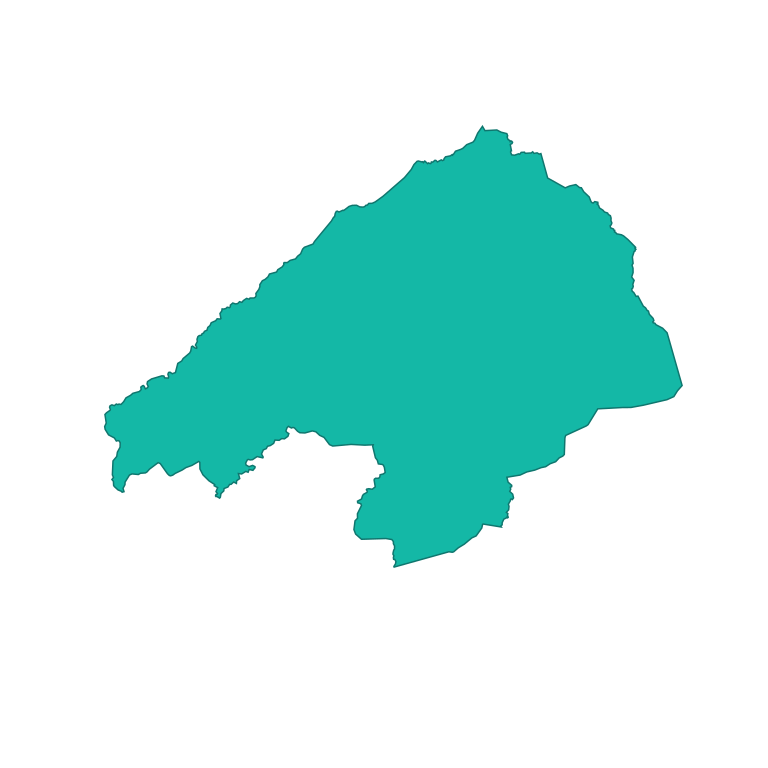 the district of Macossa, Manica, Mozambique, rotated 62°
{"feature_id": "85939544B71036498933536", "entity_name": "Macossa", "entity_type": "district", "adm_level": 2, "iso_a3": "MOZ", "parent_name": "Mozambique", "parent_adm1": "Manica", "projection": "albers", "projection_center": [33.761, -18.03], "detail": "fine", "context": "isolated", "style": "filled", "palette": "teal", "viewbox_px": 768, "rotation_deg": 62, "n_neighbors": 0, "source": "geoboundaries", "source_scale": "gbopen_adm2", "svg_char_len": 6165}
<svg xmlns="http://www.w3.org/2000/svg" viewBox="0 0 768 768"><g transform="rotate(62 384 384)"><path d="M279.9,644.7L288.1,647.6L290.4,650.6L293.1,651.5L299.6,651.1L305.0,647.4L308.7,647.1L309.1,645.4L309.9,644.6L312.0,644.5L315.9,646.7L319.0,651.4L322.5,654.0L324.7,659.4L336.7,666.5L339.5,666.7L340.6,669.1L342.9,668.6L346.5,670.3L347.8,670.3L352.6,668.6L355.3,666.4L356.6,666.0L357.0,664.1L353.6,663.4L351.3,660.0L349.1,658.7L344.9,651.5L345.1,648.7L348.6,643.4L348.5,640.9L350.5,636.4L350.4,634.6L349.1,631.1L347.4,620.4L349.2,618.9L361.6,617.3L364.0,616.5L364.9,615.5L365.3,613.3L364.9,610.4L365.2,602.6L364.8,598.1L365.7,591.9L365.4,583.9L366.7,583.4L372.6,586.4L379.2,586.5L387.3,584.0L393.3,580.7L394.1,581.7L397.4,579.5L400.2,582.9L402.6,582.4L403.0,583.1L402.7,584.3L403.7,585.3L404.5,585.2L404.7,584.5L407.6,582.7L407.2,581.7L404.2,579.4L403.2,575.7L401.2,574.3L401.7,570.2L400.2,567.5L400.8,566.1L400.0,562.7L402.5,561.0L400.2,559.5L399.8,555.8L394.7,554.6L396.6,551.9L396.3,547.1L398.1,545.4L396.2,543.2L398.7,540.3L397.4,537.2L396.4,536.7L394.2,538.2L393.6,542.0L390.8,543.8L388.9,543.3L386.9,540.4L386.8,539.3L388.2,537.8L389.1,535.6L388.5,530.1L392.3,525.7L391.8,525.0L388.3,525.0L385.5,521.5L385.8,518.3L384.3,516.1L385.0,513.2L384.6,509.3L382.3,506.6L384.5,503.0L384.2,500.0L385.7,497.6L385.1,493.4L383.1,491.3L381.2,492.4L379.4,492.7L377.0,490.0L376.5,488.3L379.4,486.4L379.6,484.8L380.7,483.7L385.2,482.5L387.5,481.2L390.1,476.8L391.8,469.3L394.2,466.6L399.1,464.9L403.0,462.0L411.9,460.6L414.7,458.4L421.9,441.4L428.9,429.8L432.6,422.1L433.6,423.2L445.1,426.2L448.2,425.7L451.9,426.5L454.2,423.3L455.3,422.7L457.7,422.8L462.7,424.5L463.1,426.7L462.3,430.0L464.2,431.4L464.7,433.1L463.3,435.6L463.4,437.0L464.1,437.8L470.7,440.0L471.4,443.8L469.3,446.6L468.7,448.6L469.1,449.2L470.7,449.0L471.7,449.9L471.8,454.0L472.7,455.6L475.0,457.8L475.0,462.4L476.5,463.0L478.8,460.7L480.7,460.9L486.1,468.4L490.1,470.4L491.2,473.8L498.4,478.9L503.2,479.5L510.5,476.8L521.3,454.9L525.0,450.1L527.5,449.7L529.5,450.7L531.9,450.7L534.8,452.3L535.2,453.4L537.4,455.3L538.5,456.0L540.2,455.9L541.8,457.3L543.3,457.8L543.8,456.9L546.3,456.8L548.2,458.3L549.7,460.9L550.4,461.0L562.6,405.5L564.6,402.7L564.9,401.3L563.5,395.2L563.1,388.3L561.1,378.6L561.4,374.0L557.1,365.3L554.2,362.8L554.2,362.2L565.3,347.6L564.3,347.7L563.8,345.8L562.0,344.8L559.6,341.7L559.7,338.7L559.2,337.8L560.2,337.6L560.0,336.9L557.7,336.5L556.7,335.5L554.8,336.2L553.6,333.0L550.8,331.1L548.5,330.6L546.3,327.1L545.2,326.3L545.4,325.4L546.3,324.9L545.4,323.1L541.7,322.1L537.8,323.4L536.5,321.6L534.5,321.0L534.6,319.5L533.4,318.8L528.9,320.5L524.0,319.3L528.3,306.6L528.7,299.2L530.8,291.3L531.6,284.6L532.9,280.1L532.4,274.8L533.2,268.9L531.5,264.0L531.6,260.0L530.9,257.9L516.4,249.5L514.7,247.7L516.0,225.1L515.7,222.9L506.3,206.9L516.9,184.1L520.6,177.1L524.5,164.9L530.7,141.5L531.2,134.0L527.8,128.1L525.3,121.5L471.7,110.0L465.5,111.8L459.4,116.0L457.5,116.3L456.3,117.6L455.3,117.5L454.8,116.0L454.0,115.8L452.3,115.6L447.0,117.0L443.7,116.3L442.6,117.1L439.5,117.3L437.0,118.5L425.6,118.5L425.0,120.3L420.5,120.5L418.6,121.3L416.4,120.7L416.1,119.4L414.8,118.1L412.8,117.5L409.9,114.5L405.8,115.1L402.6,111.8L398.7,109.8L395.5,109.2L394.4,107.4L388.5,105.1L384.4,100.9L384.4,99.8L383.7,99.5L383.3,98.3L381.7,98.7L381.4,97.7L371.3,100.7L365.8,102.9L363.7,104.3L360.6,108.1L358.8,108.3L358.0,109.1L356.7,108.2L356.2,108.8L354.9,108.6L352.5,110.6L350.5,110.1L350.1,108.6L348.8,107.2L346.3,106.9L344.1,105.6L341.7,105.1L339.7,106.3L338.0,106.3L335.6,108.6L333.3,109.1L329.7,111.1L326.8,110.7L325.2,111.3L325.0,110.3L323.9,109.9L321.9,112.3L322.4,114.3L321.6,115.2L320.1,115.6L315.2,115.0L308.0,117.4L303.4,117.6L302.4,119.1L298.0,121.0L296.3,127.2L295.9,131.9L279.0,142.8L254.2,137.3L253.9,139.0L251.8,140.3L250.8,143.3L248.8,143.7L249.1,145.6L246.6,151.0L245.3,151.1L243.9,154.1L244.8,156.3L243.9,157.2L243.3,161.3L241.6,163.7L238.7,163.4L237.9,162.8L238.0,162.0L231.8,160.1L231.8,158.1L230.9,157.0L229.4,157.3L229.1,158.8L228.5,158.4L226.3,159.7L223.6,159.3L223.0,158.3L220.6,158.0L216.6,162.4L212.7,165.1L207.7,175.9L202.7,176.1L206.5,183.5L211.3,189.6L212.2,192.0L211.5,198.6L212.9,203.7L212.9,205.8L212.0,211.6L213.8,214.8L213.5,215.9L214.2,216.2L213.5,217.0L213.8,218.0L212.3,223.0L213.2,225.1L214.3,226.1L214.2,227.5L213.0,228.2L213.0,232.6L211.0,233.2L210.4,234.0L211.0,236.9L210.2,237.9L211.3,239.1L211.1,239.8L209.7,240.9L209.9,242.0L206.3,243.3L207.0,245.3L205.9,245.4L205.7,246.3L203.3,248.9L202.9,250.2L204.3,254.5L207.4,259.2L211.4,269.1L217.8,296.8L219.1,306.2L218.9,309.6L217.4,312.7L218.2,314.6L217.7,316.1L218.3,317.8L218.0,319.4L216.2,322.3L213.3,324.3L211.4,328.1L210.8,331.5L211.9,338.1L211.3,338.6L211.0,343.0L209.5,344.0L209.2,345.1L210.4,346.9L213.1,349.1L213.1,350.2L215.4,353.9L225.5,378.4L227.1,381.0L225.9,390.1L226.7,392.5L229.9,396.5L230.6,400.3L232.0,403.4L230.8,408.8L231.4,412.4L229.9,415.1L230.2,415.8L231.6,416.4L232.8,418.9L233.2,424.1L234.7,426.3L233.1,433.5L234.9,436.1L235.8,439.8L235.7,442.9L237.9,446.9L239.8,447.9L241.7,450.1L243.9,454.6L246.1,455.5L247.0,456.9L247.0,458.5L245.2,461.9L245.8,463.3L243.9,465.1L244.3,469.0L245.2,471.2L243.5,472.9L244.3,475.5L243.6,477.5L241.5,479.5L242.2,482.6L243.6,483.4L244.1,484.5L242.6,486.4L243.1,488.1L242.6,490.3L241.7,491.7L243.3,492.9L244.7,495.7L249.7,497.3L249.8,498.0L248.1,500.7L249.1,502.9L248.8,507.8L250.7,510.2L251.3,513.0L253.4,515.1L253.2,517.8L254.3,519.4L254.2,521.1L255.2,522.2L254.5,524.5L254.8,526.1L256.7,528.1L258.9,528.9L261.1,532.2L263.6,532.0L264.5,532.7L263.8,533.7L260.7,535.2L260.7,536.4L264.2,539.2L265.4,541.0L267.2,549.4L268.7,551.8L269.0,556.4L276.0,562.8L275.5,566.1L273.1,567.4L272.7,568.8L273.9,570.2L276.6,570.8L277.5,571.7L275.6,574.8L273.6,574.6L272.5,576.3L270.4,586.8L270.8,591.6L272.7,593.2L275.6,593.3L276.4,595.5L276.2,597.0L273.4,596.8L272.3,597.3L272.2,598.1L272.6,600.2L274.9,601.0L275.8,603.5L274.3,610.1L275.0,613.1L275.1,618.3L277.4,622.2L278.6,625.8L277.3,627.4L277.3,628.6L276.0,629.8L276.5,632.3L274.7,634.0L274.6,636.0L275.6,637.2L278.1,637.6L278.6,638.2L279.1,642.4L279.9,644.7Z" fill="#14b8a6" stroke="#0f766e" stroke-width="1.5"/></g></svg>